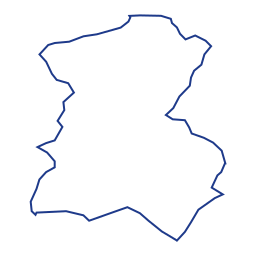 Emmaboda, Kalmar, Sweden (Robinson projection)
{"feature_id": "70781695B16590141300701", "entity_name": "Emmaboda", "entity_type": "district", "adm_level": 2, "iso_a3": "SWE", "parent_name": "Sweden", "parent_adm1": "Kalmar", "projection": "robinson", "projection_center": [15.568, 56.666], "detail": "fine", "context": "isolated", "style": "outline", "palette": "blue", "viewbox_px": 256, "rotation_deg": 0, "n_neighbors": 0, "source": "geoboundaries", "source_scale": "gbopen_adm2", "svg_char_len": 1022}
<svg xmlns="http://www.w3.org/2000/svg" viewBox="0 0 256 256"><path d="M90.6,220.2L114.0,211.9L127.4,207.2L139.9,213.2L148.5,220.7L161.9,231.5L176.4,240.2L176.9,240.6L184.9,231.9L190.9,222.4L198.4,209.7L214.8,198.1L222.8,194.4L211.7,187.6L217.4,175.4L221.2,172.1L225.0,163.3L225.3,163.3L221.7,150.7L213.1,142.6L203.9,137.8L191.7,133.5L189.2,127.5L184.9,120.2L172.7,119.3L165.9,115.0L173.3,108.1L179.4,96.5L189.8,85.7L191.0,77.6L194.1,70.7L201.4,64.7L204.4,54.4L211.1,46.2L205.6,40.7L195.2,35.5L185.5,39.4L180.0,33.8L176.9,27.4L172.0,23.1L170.8,18.8L161.0,15.8L140.0,15.4L129.4,15.9L130.3,17.5L128.4,21.6L120.7,27.6L96.9,34.3L83.5,36.3L69.2,41.7L54.8,43.0L48.2,45.0L39.5,54.4L46.2,61.8L51.9,73.8L56.7,79.9L68.2,83.2L73.9,92.6L63.4,102.1L64.3,110.1L57.6,120.9L62.4,126.9L54.7,140.4L46.1,143.1L38.1,146.8L37.5,147.1L47.1,152.5L54.7,161.3L54.7,167.3L46.1,172.1L39.4,179.5L36.5,188.9L30.7,201.7L31.7,211.2L35.5,214.8L36.5,212.6L66.1,211.2L83.4,215.3L89.1,220.7L90.6,220.2Z" fill="none" stroke="#1e3a8a" stroke-width="2"/></svg>